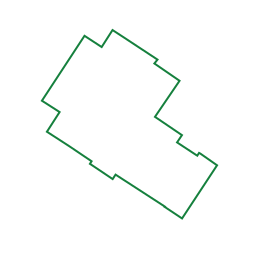 Carlos Casares, Buenos Aires, Argentina, rotated 169°
{"feature_id": "61730980B52662416903271", "entity_name": "Carlos Casares", "entity_type": "district", "adm_level": 2, "iso_a3": "ARG", "parent_name": "Argentina", "parent_adm1": "Buenos Aires", "projection": "orthographic", "projection_center": [-61.387, -35.725], "detail": "fine", "context": "isolated", "style": "outline", "palette": "green", "viewbox_px": 256, "rotation_deg": 169, "n_neighbors": 0, "source": "geoboundaries", "source_scale": "gbopen_adm2", "svg_char_len": 470}
<svg xmlns="http://www.w3.org/2000/svg" viewBox="0 0 256 256"><g transform="rotate(169 128 128)"><path d="M207.3,171.2L192.1,156.7L208.3,139.8L189.0,121.2L170.1,102.3L172.2,100.1L152.8,80.8L149.1,84.6L106.8,43.8L107.1,43.6L92.2,28.9L47.7,74.4L61.8,89.0L63.0,90.0L65.3,87.6L82.6,104.5L76.4,110.7L99.4,133.8L68.4,164.5L89.8,186.3L86.0,189.5L110.0,213.0L114.8,217.7L124.5,227.1L138.4,212.5L153.1,226.8L207.3,171.2Z" fill="none" stroke="#15803d" stroke-width="2"/></g></svg>